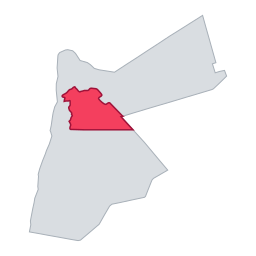 Amman highlighted on a map of Jordan
{"feature_id": "JOR-851", "entity_name": "Amman", "entity_type": "Province", "adm_level": 1, "iso_a3": "JOR", "parent_name": "Jordan", "parent_adm1": "", "projection": "robinson", "projection_center": [36.094, 31.647], "detail": "fine", "context": "in_parent", "style": "filled", "palette": "rose", "viewbox_px": 256, "rotation_deg": 0, "n_neighbors": 0, "source": "natural_earth", "source_scale": "10m", "svg_char_len": 2362}
<svg xmlns="http://www.w3.org/2000/svg" viewBox="0 0 256 256"><path d="M67.8,49.7L72.7,50.8L75.5,53.4L80.1,60.5L87.4,62.6L90.3,64.6L94.3,68.4L99.1,69.8L114.5,72.2L126.7,64.2L137.1,57.5L148.8,49.8L156.8,44.6L170.3,35.7L179.3,30.1L191.0,22.7L202.6,15.4L205.9,27.3L209.2,38.9L212.6,51.0L215.9,62.7L212.4,63.8L215.2,72.8L219.7,71.4L224.5,70.4L226.6,76.1L220.0,82.6L213.3,88.9L211.8,89.6L203.1,92.2L185.2,97.5L173.3,101.1L158.0,105.6L145.2,109.4L132.6,113.2L121.0,116.7L127.7,124.0L137.9,135.2L144.7,142.7L152.8,152.4L160.0,161.0L167.7,170.1L162.4,173.2L153.6,178.3L152.7,179.2L151.9,180.2L148.3,189.2L145.5,196.4L144.5,197.3L132.2,199.9L119.8,202.6L111.9,204.2L109.6,206.1L104.4,215.0L99.2,224.2L90.3,231.8L80.5,240.1L78.1,240.6L71.0,239.4L58.9,237.2L47.1,235.1L39.1,233.6L29.4,231.9L30.8,224.8L30.4,221.0L32.8,208.5L34.1,202.6L34.8,198.2L38.2,189.4L37.8,186.5L38.5,176.3L38.2,174.4L39.7,168.8L42.6,160.7L45.4,153.8L46.4,150.7L49.3,144.1L51.9,136.0L50.6,131.6L50.1,130.7L51.2,125.7L52.4,117.3L53.1,112.9L54.7,106.9L57.4,101.9L56.2,90.1L56.3,83.7L58.0,76.5L57.1,68.0L57.9,55.9L58.1,54.8L59.1,53.3L59.8,52.5L65.4,50.0L67.8,49.7Z" fill="#d9dde1" stroke="#a8b0b8" stroke-width="1"/><path d="M122.8,116.2L121.0,116.7L126.9,123.2L132.9,129.7L133.0,129.8L84.3,129.8L70.5,129.4L70.1,129.0L69.9,128.4L70.0,127.3L70.2,126.6L70.6,125.5L70.7,125.0L70.6,124.3L70.2,123.3L69.1,121.3L69.6,120.8L69.9,120.6L70.3,120.2L70.4,119.9L71.2,117.4L71.5,116.9L72.2,115.9L72.3,115.6L72.2,115.3L71.9,114.9L71.6,114.6L71.5,114.1L71.7,113.8L71.7,113.2L71.5,112.6L69.5,110.4L69.2,109.6L68.8,108.2L68.7,107.6L68.8,107.2L69.0,106.8L69.8,105.8L70.1,105.3L70.2,104.8L70.1,100.9L69.7,100.6L69.4,100.6L68.9,100.8L68.2,101.0L65.9,101.0L64.2,101.4L64.3,100.5L64.4,99.9L64.9,98.2L64.9,97.8L64.6,97.5L63.6,97.3L63.0,97.1L62.5,96.9L62.2,96.5L62.1,96.0L62.4,95.4L63.1,94.8L65.7,93.4L66.8,92.6L68.9,90.2L69.6,89.6L71.3,89.1L72.0,88.7L73.4,87.3L74.8,86.8L75.8,88.2L76.9,89.2L78.4,91.1L79.3,91.7L79.9,91.9L80.8,91.4L81.3,91.3L82.1,91.2L84.3,90.5L87.2,90.5L88.1,90.4L88.7,90.0L89.6,88.9L90.1,88.5L91.1,88.2L95.9,88.7L96.9,89.1L97.8,89.9L100.4,92.8L101.7,94.5L101.8,95.3L101.3,96.0L100.1,96.8L99.0,97.6L98.7,98.1L98.6,98.6L98.9,99.2L100.1,100.6L102.2,102.5L104.2,103.9L105.2,104.3L106.1,104.3L108.2,102.9L109.0,102.7L109.8,102.9L122.6,116.1L122.8,116.2Z" fill="#f43f5e" stroke="#9f1239" stroke-width="1.5"/></svg>